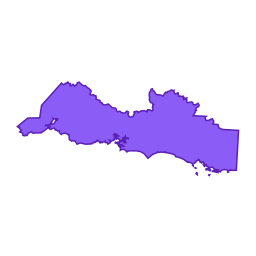 the district of Abau District, Central, Papua New Guinea, rotated 3°
{"feature_id": "67681753B18865341537387", "entity_name": "Abau District", "entity_type": "district", "adm_level": 2, "iso_a3": "PNG", "parent_name": "Papua New Guinea", "parent_adm1": "Central", "projection": "albers", "projection_center": [148.82, -10.068], "detail": "fine", "context": "isolated", "style": "filled", "palette": "violet", "viewbox_px": 256, "rotation_deg": 3, "n_neighbors": 0, "source": "geoboundaries", "source_scale": "gbopen_adm2", "svg_char_len": 5971}
<svg xmlns="http://www.w3.org/2000/svg" viewBox="0 0 256 256"><g transform="rotate(3 128 128)"><path d="M150.3,87.6L149.0,88.1L148.5,89.9L147.5,91.3L147.5,94.6L148.1,97.1L147.7,98.3L148.9,101.0L149.4,101.5L150.4,101.3L151.5,102.9L152.3,103.1L151.5,104.0L151.9,105.0L151.2,105.9L151.8,106.5L151.9,108.8L151.1,109.7L148.9,108.8L146.8,108.7L146.2,110.8L145.7,110.0L145.1,110.5L143.5,109.9L140.1,110.2L137.5,112.1L137.5,111.3L136.4,110.8L133.5,111.4L133.1,111.8L133.8,112.3L133.9,113.2L132.9,114.2L132.7,116.0L130.0,117.0L128.6,116.6L127.2,114.2L127.7,112.6L127.4,111.8L125.8,111.2L124.4,113.1L123.3,113.4L120.1,112.8L119.5,111.9L118.5,111.7L117.1,112.4L115.4,111.1L115.2,109.6L114.2,108.7L111.4,108.7L107.0,105.1L103.4,106.3L101.8,105.9L101.1,104.7L100.5,104.8L100.2,104.0L98.9,103.7L98.6,102.0L94.5,100.9L94.7,99.3L94.2,98.6L94.5,97.8L91.8,96.9L91.7,96.5L89.4,97.2L88.1,96.1L88.9,94.9L89.2,92.8L87.6,91.2L84.1,88.8L83.4,87.9L82.1,88.3L79.7,87.3L76.8,84.8L75.1,85.4L74.4,87.7L73.5,87.9L72.6,89.1L71.0,87.3L70.5,87.3L69.5,88.7L68.7,88.3L68.1,88.7L68.1,86.7L66.6,86.6L65.8,85.4L65.2,85.3L64.4,86.5L62.9,86.8L62.7,87.5L61.7,88.0L60.6,87.8L59.2,86.6L40.5,109.9L39.3,122.5L27.4,123.3L17.5,132.3L18.7,132.9L19.0,132.5L19.3,132.7L19.5,133.0L18.9,133.4L19.9,133.9L20.5,135.3L22.3,135.9L21.2,136.0L20.9,136.8L20.0,137.6L22.9,138.5L23.4,140.8L24.6,141.2L25.5,141.2L26.0,140.5L27.6,140.8L28.6,138.6L31.2,136.9L32.0,136.9L32.3,137.7L33.8,138.2L35.1,137.8L41.1,137.5L41.1,137.1L41.6,137.1L43.8,135.7L48.6,131.5L48.6,131.1L46.9,129.5L45.5,130.0L45.6,129.6L46.9,129.2L48.4,130.2L48.3,129.3L50.2,128.2L50.9,126.8L51.4,127.1L51.5,125.7L52.8,123.6L52.7,122.5L53.1,123.0L56.3,122.4L58.1,122.9L56.0,123.1L55.6,123.7L56.5,124.1L55.5,124.6L53.9,127.5L52.8,128.1L51.2,127.9L50.0,129.4L50.2,130.9L48.9,132.3L50.6,133.5L53.4,132.1L54.5,132.1L55.6,133.8L56.2,133.4L58.0,134.8L59.7,134.4L59.5,135.8L61.7,138.0L62.5,137.2L65.3,136.4L67.5,137.1L68.6,137.9L69.4,137.7L70.0,142.7L71.7,143.5L72.2,144.1L74.1,143.5L76.0,144.1L77.9,146.8L81.3,145.5L86.7,146.4L92.3,145.8L92.1,145.5L96.7,143.7L95.5,144.1L94.6,144.0L94.7,143.7L95.4,143.9L98.3,142.7L97.2,142.7L97.8,142.0L98.8,142.0L101.0,144.4L101.5,144.1L101.3,142.5L101.7,143.7L102.9,144.0L103.7,143.3L105.6,143.2L105.8,142.6L106.2,143.7L108.1,143.7L108.5,145.1L109.2,144.9L110.7,143.9L111.4,142.7L109.9,140.9L110.3,140.9L110.5,141.6L112.3,142.0L113.5,141.1L114.3,141.2L115.0,140.3L114.0,139.4L115.2,139.8L116.3,138.5L116.4,138.0L115.6,138.2L114.7,137.3L114.7,136.7L114.1,136.6L114.9,136.5L114.9,137.2L115.8,138.0L116.4,137.7L115.8,135.3L114.3,135.2L115.1,134.4L115.4,134.5L114.7,135.0L117.2,135.2L117.1,135.6L116.2,135.6L116.6,136.4L120.0,136.4L116.8,137.1L116.9,139.3L117.1,139.7L118.8,138.7L120.1,140.3L120.6,141.5L121.9,140.5L123.1,140.5L123.4,138.2L124.5,137.6L125.4,137.7L125.8,136.5L126.3,138.4L128.4,137.9L128.9,138.5L128.8,138.8L128.2,138.2L127.9,138.6L127.4,138.4L126.2,138.8L125.1,139.4L123.8,141.0L124.9,141.2L125.8,140.8L126.0,141.3L125.1,142.7L126.5,142.6L127.3,143.3L126.4,142.8L124.8,142.7L125.7,141.1L124.6,141.5L122.9,141.4L120.8,142.4L119.8,144.2L118.4,145.0L120.1,144.8L121.7,145.4L122.6,145.1L122.3,145.6L123.2,145.6L124.8,146.4L124.1,146.6L123.9,146.1L122.5,145.7L121.5,146.2L120.8,145.9L119.9,146.2L120.1,146.7L121.1,146.4L121.6,147.2L122.5,147.2L120.8,147.4L121.6,149.2L121.5,150.6L122.7,149.8L124.7,149.6L126.0,150.0L128.2,152.0L129.1,151.1L131.8,150.6L137.9,150.4L142.0,151.0L145.6,152.9L149.5,157.2L154.2,152.9L158.3,151.1L158.7,150.5L158.9,150.9L161.4,150.4L165.5,150.3L165.9,149.9L166.7,150.1L166.3,150.5L171.4,151.1L174.9,151.9L176.4,152.7L176.9,154.0L181.4,155.0L185.2,156.4L189.0,158.9L189.3,158.6L189.7,159.1L191.7,159.0L194.8,160.6L197.5,158.7L197.8,157.6L199.7,156.4L200.0,155.7L200.5,155.8L200.7,156.1L200.2,156.3L201.4,157.1L201.6,158.1L203.3,159.0L203.8,157.8L205.3,158.2L205.1,159.2L206.5,160.2L206.0,161.1L205.3,161.1L206.2,162.4L206.5,162.4L207.3,160.6L208.2,160.4L208.3,161.9L211.0,162.9L210.4,163.0L211.3,164.1L208.9,164.3L207.8,165.1L208.3,165.8L209.9,165.4L212.2,166.5L212.8,166.0L211.7,164.6L211.6,163.9L212.3,163.2L213.6,162.8L214.7,163.2L215.0,162.9L216.5,164.6L216.0,166.1L214.8,166.4L214.6,167.0L216.8,167.1L218.9,167.8L219.5,167.4L220.2,167.7L220.1,166.6L218.8,166.3L217.8,166.8L216.9,166.7L216.3,166.2L217.1,165.9L216.4,165.4L217.4,164.8L217.8,165.2L218.4,164.8L220.2,165.1L221.0,165.9L221.1,166.6L222.5,167.0L223.1,165.8L224.2,165.0L226.0,164.5L228.6,164.5L230.3,165.5L231.8,165.2L232.7,164.3L233.1,164.9L238.4,164.6L238.5,124.6L222.4,124.5L218.8,123.1L217.6,119.8L212.6,119.7L212.3,119.4L213.2,118.2L213.2,116.5L211.7,114.3L208.3,116.1L206.2,116.4L205.4,116.2L204.5,113.8L204.5,113.1L205.4,112.3L192.5,112.3L194.2,108.9L194.1,107.5L195.4,106.9L194.7,105.6L195.0,104.5L195.6,103.7L197.4,103.0L197.8,102.0L197.6,101.0L196.6,99.7L194.0,101.4L191.9,101.2L191.3,99.2L190.2,98.6L186.6,99.5L185.6,99.3L185.2,98.7L185.2,96.0L184.7,95.7L185.0,94.9L184.1,95.1L183.6,96.3L182.1,96.6L182.4,94.6L181.3,94.7L181.5,93.4L179.5,93.7L178.6,93.3L177.5,93.8L177.0,93.5L176.2,90.3L175.5,90.4L174.0,91.6L172.9,91.0L172.0,89.8L172.0,88.1L171.6,88.4L169.2,87.7L167.2,89.2L166.0,89.3L165.3,90.6L164.3,90.2L163.6,90.3L161.2,94.3L159.3,93.4L154.8,93.1L153.8,92.4L152.2,89.9L150.3,88.4L150.3,87.6ZM120.1,142.2L117.2,143.1L117.0,143.8L118.1,144.4L119.7,143.8L120.2,142.8L120.1,142.2ZM125.5,139.0L125.7,138.5L125.3,138.0L124.0,138.0L123.6,138.3L124.4,139.6L125.5,139.0ZM119.9,145.0L119.1,145.2L119.6,146.2L120.3,145.6L121.8,145.7L119.9,145.0ZM198.9,169.0L198.3,170.0L199.5,171.0L199.5,169.5L198.9,169.0ZM212.0,170.4L211.1,170.5L211.0,170.8L211.7,171.2L212.0,170.4ZM195.2,162.6L195.2,162.1L194.5,161.6L194.4,161.9L195.2,162.6ZM116.5,143.7L116.5,143.1L116.2,142.9L115.9,143.5L116.5,143.7ZM198.0,164.5L197.7,164.1L197.1,164.2L197.3,164.6L198.0,164.5ZM230.4,166.8L230.1,166.5L229.7,166.7L229.8,166.9L230.4,166.8ZM117.7,136.6L117.2,136.5L116.9,136.7L117.3,136.8L117.7,136.6Z" fill="#8b5cf6" stroke="#5b21b6" stroke-width="1.5"/></g></svg>